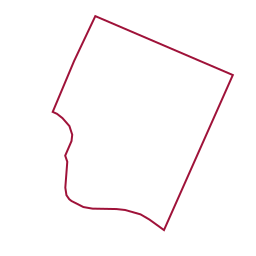 the district of Benzie, Michigan, United States of America, rotated 293°
{"feature_id": "52423323B60700785062974", "entity_name": "Benzie", "entity_type": "district", "adm_level": 2, "iso_a3": "USA", "parent_name": "United States of America", "parent_adm1": "Michigan", "projection": "orthographic", "projection_center": [-86.137, 44.646], "detail": "fine", "context": "isolated", "style": "outline", "palette": "rose", "viewbox_px": 256, "rotation_deg": 293, "n_neighbors": 0, "source": "geoboundaries", "source_scale": "gbopen_adm2", "svg_char_len": 415}
<svg xmlns="http://www.w3.org/2000/svg" viewBox="0 0 256 256"><g transform="rotate(293 128 128)"><path d="M113.4,52.4L113.3,57.1L111.5,63.8L106.9,73.3L100.0,79.3L93.9,81.1L78.0,81.0L73.2,85.3L48.6,93.6L42.1,97.6L39.5,101.7L38.7,104.6L37.8,117.8L39.9,126.8L48.9,149.1L51.4,157.4L53.4,173.3L52.1,183.4L48.1,201.0L217.7,203.8L218.2,54.2L168.6,52.2L113.4,52.4Z" fill="none" stroke="#9f1239" stroke-width="2"/></g></svg>